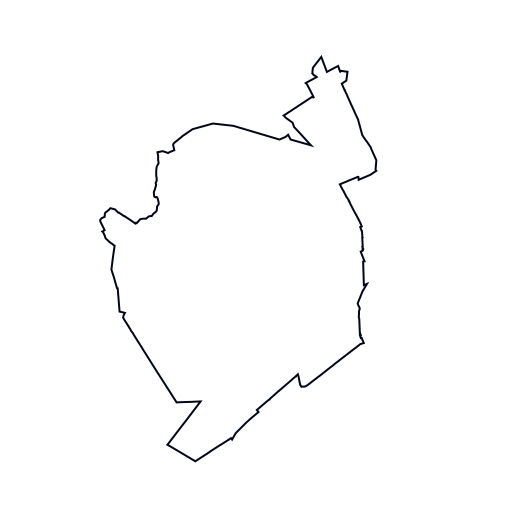 Apodaca, Nuevo León, Mexico (Robinson projection), rotated 237°
{"feature_id": "50627088B93095957405368", "entity_name": "Apodaca", "entity_type": "district", "adm_level": 2, "iso_a3": "MEX", "parent_name": "Mexico", "parent_adm1": "Nuevo León", "projection": "robinson", "projection_center": [-100.188, 25.787], "detail": "fine", "context": "isolated", "style": "outline", "palette": "ink", "viewbox_px": 512, "rotation_deg": 237, "n_neighbors": 0, "source": "geoboundaries", "source_scale": "gbopen_adm2", "svg_char_len": 5981}
<svg xmlns="http://www.w3.org/2000/svg" viewBox="0 0 512 512"><g transform="rotate(237 256 256)"><path d="M223.2,360.8L224.6,361.1L226.6,361.4L228.0,361.6L230.0,361.9L230.8,361.9L233.5,362.2L235.9,362.4L239.4,362.6L243.4,363.0L246.3,363.3L251.0,363.8L250.9,364.0L251.7,364.1L255.6,364.2L256.0,364.0L256.7,364.1L259.5,364.4L262.3,364.7L263.7,364.8L265.2,364.8L267.0,365.0L270.4,365.4L270.2,366.6L269.3,371.6L269.1,372.7L268.9,373.6L268.8,374.5L268.0,378.7L267.6,380.7L267.1,383.7L266.8,384.8L266.7,384.9L266.4,384.9L264.0,383.6L263.6,386.1L263.4,387.0L262.5,392.3L262.3,393.2L261.8,396.1L261.9,396.3L261.8,398.5L261.9,399.2L261.9,400.1L261.9,403.3L263.2,403.3L263.6,403.5L269.2,407.9L270.3,408.7L270.9,409.1L283.1,411.0L284.9,411.4L291.1,411.3L293.3,411.1L296.9,411.0L299.4,411.0L299.6,411.0L300.0,411.1L302.4,411.9L308.6,413.9L311.4,414.8L313.1,415.3L313.4,415.4L314.7,415.9L316.9,416.2L322.5,417.0L328.3,417.9L330.6,418.2L334.3,418.8L337.1,419.2L342.8,420.2L343.9,420.2L344.5,420.4L347.0,420.7L347.1,420.9L347.8,420.7L348.6,420.9L353.8,421.8L353.9,427.3L360.7,433.1L365.0,428.0L364.6,427.1L364.8,426.9L370.6,428.4L371.0,424.7L371.8,415.7L378.0,417.1L387.4,419.2L383.5,407.9L383.3,407.6L383.3,407.3L383.0,406.6L382.7,406.1L382.4,405.8L381.6,405.3L381.3,404.9L379.9,403.8L378.6,403.0L378.5,402.7L377.5,402.8L377.2,402.9L376.2,402.9L376.0,403.0L375.7,403.3L375.4,403.5L373.5,404.3L373.0,404.4L374.0,391.8L373.9,391.8L373.1,392.3L372.6,392.2L371.2,392.2L360.8,391.2L357.7,390.8L357.7,390.5L357.9,390.3L358.2,390.0L358.4,389.8L358.9,389.4L358.7,355.7L358.4,355.8L357.2,356.0L356.8,356.1L356.6,356.1L356.1,356.2L355.8,356.2L355.6,356.2L355.4,356.4L347.8,359.3L343.6,358.2L342.7,358.3L338.0,359.2L335.0,359.7L334.6,359.8L331.9,360.2L320.9,362.0L320.4,362.1L318.9,362.4L334.8,348.5L337.2,348.7L340.2,349.0L339.9,347.1L339.8,345.8L339.8,345.4L340.6,340.9L340.9,339.1L377.5,307.9L390.5,292.1L396.9,271.9L396.6,259.1L396.4,258.6L395.4,248.9L395.3,248.6L395.3,248.4L395.1,248.0L394.9,247.7L394.6,247.3L394.3,247.1L393.7,246.8L389.2,245.1L389.4,244.2L390.0,241.2L390.3,238.7L390.2,238.4L393.3,236.0L393.8,235.7L394.5,235.0L394.8,234.6L395.1,234.0L395.7,232.4L396.7,229.9L393.4,228.5L391.6,227.4L390.3,226.5L389.2,225.9L387.9,225.4L387.0,224.9L386.6,224.4L386.2,223.6L385.6,222.4L385.2,221.7L384.3,220.7L381.5,218.5L379.3,217.1L378.9,216.8L378.3,216.4L377.0,215.7L376.1,215.4L374.8,214.7L374.6,214.6L374.3,214.4L374.0,214.2L373.4,213.8L373.0,213.4L372.8,213.2L372.7,213.0L372.5,212.6L372.3,212.3L372.2,212.1L372.1,211.9L371.7,211.5L371.4,211.4L371.1,211.3L370.7,211.2L370.3,211.1L370.0,210.9L369.7,210.6L369.2,210.2L368.6,209.3L368.3,209.0L367.8,208.4L367.6,208.3L367.4,208.1L367.3,207.9L367.1,207.7L366.8,207.3L366.4,206.9L366.0,206.1L365.8,205.8L365.6,205.6L365.3,205.3L364.6,204.7L363.8,204.3L363.3,204.0L362.1,203.4L361.7,203.2L361.3,203.1L360.9,203.1L360.5,203.3L360.2,203.5L359.9,203.9L359.8,204.3L359.7,204.7L359.6,204.9L359.3,205.0L357.7,204.8L354.7,203.8L353.4,203.2L352.5,202.7L351.3,199.9L348.1,197.5L347.6,196.0L347.3,192.8L346.3,190.3L346.9,189.4L347.4,188.3L347.6,187.2L347.4,186.3L347.2,184.1L348.6,182.0L349.4,180.3L349.9,179.0L348.5,173.9L349.2,173.6L348.9,172.5L354.9,170.1L361.1,167.4L361.1,167.1L367.0,164.7L367.1,164.3L367.2,164.2L367.3,164.1L370.1,163.5L370.5,163.5L370.8,163.4L371.1,163.2L372.0,163.1L374.4,160.8L375.2,160.1L375.4,159.9L375.0,158.3L374.6,156.1L374.5,153.5L373.9,152.4L373.5,152.1L373.3,151.9L371.3,150.4L371.8,147.2L371.7,146.7L371.1,145.1L370.8,144.8L370.0,144.3L360.1,143.1L360.2,140.5L359.9,140.6L359.5,140.7L356.9,140.5L356.7,140.3L356.4,140.3L355.5,140.3L353.5,139.6L352.2,139.6L349.2,140.4L348.4,140.5L346.2,141.2L344.5,142.0L343.7,142.3L343.4,142.3L342.4,142.6L341.6,143.0L331.9,134.5L326.5,130.0L323.3,127.3L315.7,125.3L309.0,123.2L304.7,121.9L304.2,122.4L283.7,111.3L279.7,115.1L278.7,113.3L278.2,112.5L277.9,112.1L277.5,111.8L277.0,111.4L276.7,111.0L276.1,110.9L272.3,110.8L271.3,110.8L267.8,110.8L266.4,110.8L266.0,110.7L263.5,110.7L262.6,110.7L262.1,110.6L261.3,110.4L258.9,110.7L258.1,110.7L257.0,110.6L251.5,110.5L242.9,110.4L239.1,110.3L211.4,109.9L190.1,109.8L180.9,109.7L177.0,109.7L176.5,109.6L174.9,112.4L170.8,119.2L168.6,122.8L167.2,125.3L164.2,130.3L155.8,106.9L153.2,99.4L148.5,86.2L145.9,78.9L142.9,80.5L116.9,93.3L116.9,111.2L117.0,111.2L117.0,114.9L117.0,122.8L116.9,123.1L116.8,135.9L115.1,136.0L118.1,141.8L118.6,143.1L121.6,157.1L122.6,163.5L123.8,173.2L126.4,172.8L127.2,178.8L128.1,185.5L128.4,188.5L128.3,188.8L128.2,189.4L128.5,189.6L128.7,190.3L130.5,202.0L130.4,202.0L130.5,202.7L131.2,207.6L132.1,214.4L132.2,215.1L132.6,218.0L133.1,220.8L133.2,222.3L133.4,223.4L133.4,223.8L133.3,224.0L133.5,224.2L133.6,224.4L133.6,224.5L133.7,225.3L134.0,226.7L131.8,226.1L131.0,225.7L129.6,225.2L126.5,223.9L126.2,223.8L125.7,223.6L125.2,223.4L124.8,223.3L124.7,223.2L124.2,223.0L123.8,222.9L123.4,222.9L123.1,222.9L122.4,223.0L121.6,222.9L121.0,224.1L120.9,224.3L120.6,224.6L120.1,225.4L119.7,226.7L119.7,228.2L119.6,228.4L119.6,228.8L120.4,237.9L121.0,246.3L121.8,254.4L122.3,260.7L122.7,264.0L123.0,268.1L123.0,268.3L123.2,269.5L123.4,272.6L124.1,280.9L124.5,286.1L124.6,286.7L124.6,287.3L124.9,291.5L125.0,291.6L125.0,292.8L125.3,295.4L125.3,295.5L124.7,297.6L124.5,298.3L124.3,299.0L129.7,300.0L130.0,299.2L132.5,299.9L132.3,300.6L134.6,301.3L134.6,301.0L137.3,302.6L146.8,308.2L147.2,308.4L148.7,308.9L150.5,310.2L151.1,310.7L153.2,312.0L153.5,312.2L153.9,312.7L155.0,313.9L155.0,314.0L155.4,314.2L155.7,314.5L156.0,314.6L156.5,314.7L156.9,314.8L158.0,314.8L159.1,315.0L160.2,315.3L160.7,315.4L160.9,315.5L165.4,321.9L168.0,325.6L168.7,326.8L169.5,328.5L172.2,333.9L172.8,330.6L193.0,342.8L192.4,344.1L202.6,346.2L202.4,348.6L203.0,348.8L203.7,349.0L203.6,349.8L205.9,350.2L205.9,350.7L208.5,352.2L210.0,353.1L212.3,354.4L212.6,354.6L213.6,355.2L213.6,355.5L213.8,355.5L214.3,355.7L215.3,356.3L216.9,357.2L217.4,357.5L219.1,358.4L219.2,358.2L223.5,359.2L223.2,360.8Z" fill="none" stroke="#020617" stroke-width="2"/></g></svg>